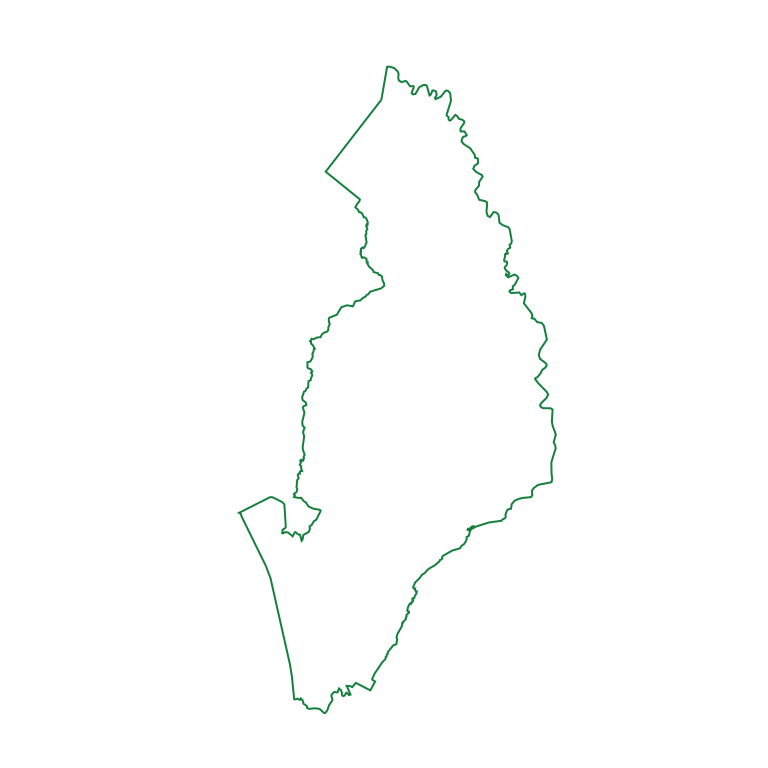 Chagres, Colón, Panama, rotated 168°
{"feature_id": "35544464B20659112060965", "entity_name": "Chagres", "entity_type": "district", "adm_level": 2, "iso_a3": "PAN", "parent_name": "Panama", "parent_adm1": "Colón", "projection": "natural_earth1", "projection_center": [-80.103, 9.121], "detail": "fine", "context": "isolated", "style": "outline", "palette": "green", "viewbox_px": 768, "rotation_deg": 168, "n_neighbors": 0, "source": "geoboundaries", "source_scale": "gbopen_adm2", "svg_char_len": 6125}
<svg xmlns="http://www.w3.org/2000/svg" viewBox="0 0 768 768"><g transform="rotate(168 384 384)"><path d="M312.3,693.2L315.0,693.6L327.5,662.6L396.9,603.8L369.2,569.6L370.1,567.8L372.5,566.1L375.3,562.7L373.2,559.8L372.6,557.2L371.6,557.1L369.9,555.4L369.1,551.3L367.5,550.7L366.9,549.7L366.2,545.1L366.9,544.5L366.9,543.3L367.9,543.5L367.9,542.4L368.6,542.2L368.0,539.3L369.4,537.7L370.2,534.3L371.2,533.6L371.6,525.9L372.8,524.8L373.7,522.8L375.8,521.1L376.5,522.0L378.4,521.2L378.8,518.5L379.4,518.5L379.5,516.7L380.1,516.1L379.6,515.5L379.6,512.9L379.0,511.8L378.2,512.3L377.1,511.9L375.1,510.0L375.7,506.5L374.6,506.4L375.1,504.6L374.3,502.1L371.0,497.5L371.0,495.7L366.9,493.6L366.5,491.9L364.9,491.2L363.6,489.5L363.9,486.1L363.1,482.6L363.2,480.6L363.7,479.8L367.0,478.1L378.4,477.2L380.6,475.1L382.4,474.8L384.0,473.2L386.4,472.7L389.9,470.7L394.9,470.9L398.3,466.4L403.8,468.7L409.7,468.0L415.7,461.6L423.7,460.2L424.6,458.8L424.9,455.4L424.5,454.1L426.5,451.3L427.5,448.0L429.3,446.8L431.4,446.8L434.3,445.6L436.4,443.0L440.2,443.4L443.8,442.4L445.3,443.3L447.2,441.5L446.5,441.3L447.0,438.6L445.9,437.4L444.3,432.9L445.3,432.9L446.4,430.0L447.7,428.7L447.9,426.0L448.8,424.2L451.5,421.3L454.4,421.2L455.4,416.3L455.2,415.4L452.5,413.6L451.8,412.2L452.3,411.2L451.8,410.9L453.1,410.0L452.4,408.7L452.5,407.2L454.3,404.8L454.9,403.0L457.3,402.4L458.9,396.5L460.8,395.6L462.2,393.6L463.8,393.2L466.9,387.8L466.9,385.1L464.4,382.3L464.3,379.6L467.4,378.9L468.3,377.9L467.8,372.4L471.9,363.9L472.2,360.1L470.8,357.7L473.2,353.8L473.0,350.0L473.7,347.3L476.7,339.1L477.0,336.3L476.3,331.3L477.8,329.6L477.8,327.6L478.8,327.2L479.0,325.8L479.9,325.8L481.1,327.1L481.9,326.4L481.6,324.4L483.1,322.6L482.1,320.9L482.6,320.1L482.2,315.8L483.8,316.3L484.7,315.4L484.8,313.8L486.1,314.1L487.4,312.8L487.0,309.7L488.9,308.0L491.0,301.3L490.7,298.8L492.4,296.2L494.7,295.4L495.1,294.8L494.4,293.5L495.5,292.1L490.6,290.1L488.8,290.0L486.7,285.9L485.1,284.5L483.2,279.8L478.8,276.6L473.2,274.4L472.3,273.5L472.9,272.3L478.5,265.3L480.9,264.5L484.3,261.0L486.4,260.2L486.7,257.4L488.4,254.9L494.2,253.2L496.2,248.4L497.2,247.7L497.4,253.9L499.1,254.7L501.4,257.5L502.2,257.4L505.0,254.0L508.9,258.9L511.7,259.6L514.1,258.9L514.6,259.3L513.4,262.6L510.5,263.6L509.8,264.5L506.5,287.0L508.1,289.7L516.6,296.4L519.0,297.0L552.6,288.1L550.9,286.6L550.9,284.2L537.4,230.7L535.4,217.7L534.3,129.1L534.9,116.9L537.4,94.5L536.4,93.8L534.0,94.2L532.2,92.6L531.5,92.6L530.7,93.7L529.4,91.7L529.3,88.1L526.4,85.0L526.5,82.9L524.5,81.7L519.1,81.2L514.6,79.6L511.0,74.6L510.0,74.4L507.3,76.6L504.4,81.4L500.4,85.2L500.0,86.2L500.4,89.8L499.8,91.1L496.9,93.1L493.6,92.0L491.3,95.5L489.8,93.5L489.4,90.9L489.8,88.7L489.0,87.3L487.3,87.4L485.1,89.9L484.2,89.3L483.0,87.0L481.3,87.2L483.3,96.5L479.7,95.4L478.1,94.1L473.7,97.5L461.1,87.2L454.5,94.8L456.8,97.0L456.9,97.9L453.3,102.8L443.7,112.0L439.7,114.8L439.0,116.8L438.1,117.0L437.5,118.8L436.2,119.6L436.1,120.9L429.2,126.5L426.1,126.9L424.2,131.3L424.5,133.4L422.8,136.7L416.9,143.4L415.7,146.8L414.8,146.6L414.5,147.5L411.3,149.6L411.4,150.8L410.2,152.0L410.1,153.4L407.0,155.2L406.9,156.2L407.8,156.4L408.4,157.4L407.0,160.6L404.7,163.5L403.6,164.1L403.1,163.4L401.8,165.1L401.4,164.5L401.6,165.2L401.0,165.2L400.4,166.2L400.9,167.4L400.3,167.7L400.6,168.3L398.8,168.5L398.5,169.5L395.7,172.5L395.1,174.4L395.9,174.4L396.6,176.8L396.2,177.5L397.2,177.6L397.8,179.2L394.7,183.5L389.7,186.6L386.6,189.4L382.9,190.9L381.4,192.3L377.9,194.2L371.8,196.2L366.8,198.9L365.9,200.2L364.4,200.4L363.3,201.2L363.2,202.5L362.0,203.7L351.9,206.9L343.8,207.5L341.9,209.6L339.1,210.7L337.0,212.7L335.3,215.1L335.1,217.0L332.5,217.9L330.7,222.0L328.2,224.4L328.6,224.9L330.3,223.7L332.0,223.6L332.6,224.1L332.1,224.8L331.5,224.1L327.9,226.2L326.4,226.4L325.0,226.2L328.0,225.4L327.4,224.3L323.1,225.5L310.1,226.7L297.5,225.8L296.5,226.8L293.5,227.6L292.4,229.1L292.4,231.0L290.0,234.7L289.0,235.5L285.7,235.6L284.1,239.9L280.6,242.6L276.1,243.6L271.7,243.7L263.8,242.8L262.1,244.2L261.5,248.9L259.1,251.1L254.3,253.3L240.6,253.1L239.2,256.0L238.8,261.1L236.6,272.6L229.5,285.3L229.3,288.7L230.1,291.8L226.4,298.9L227.7,307.7L227.7,312.0L224.4,324.0L226.1,325.6L233.5,327.3L235.2,328.8L235.8,330.6L234.2,332.6L227.7,336.7L225.6,339.8L226.5,342.5L232.9,352.6L235.2,357.5L234.6,358.4L232.8,358.7L230.8,360.1L228.7,361.8L226.5,364.8L222.6,366.6L221.1,368.2L221.0,369.4L221.6,370.9L226.1,376.1L226.6,380.1L224.0,385.3L215.5,393.5L215.4,405.5L215.6,408.0L217.1,411.0L221.3,412.7L223.4,416.7L225.1,417.1L225.9,417.9L224.7,419.5L225.0,422.8L230.4,433.8L227.5,440.2L227.4,443.0L228.3,443.6L231.1,442.3L232.7,445.4L240.7,446.5L242.1,448.3L241.4,449.4L238.2,449.8L237.7,452.8L235.5,453.8L230.5,459.8L231.5,462.2L233.6,463.9L240.3,462.5L242.2,465.2L241.6,466.2L240.8,464.9L239.8,464.6L238.4,466.0L238.8,467.3L240.9,469.5L241.8,472.2L241.6,473.3L239.6,474.4L238.3,476.7L238.6,478.4L240.6,478.8L240.8,480.2L239.0,483.6L238.6,485.7L237.8,486.3L236.6,485.6L235.7,486.0L236.2,488.7L234.8,490.1L232.2,491.1L232.2,494.2L230.4,494.9L229.3,497.1L228.9,509.4L229.8,511.5L234.8,514.7L237.5,517.6L236.8,525.6L238.3,528.2L241.0,529.4L245.7,525.2L247.6,526.9L248.0,531.0L245.7,538.5L245.6,540.4L247.0,541.8L252.6,544.4L253.6,549.9L255.0,552.9L254.2,554.8L249.8,558.3L248.9,561.9L244.4,566.3L244.7,567.9L250.0,572.5L252.0,575.9L250.2,578.6L246.1,580.3L245.4,585.1L248.0,586.5L247.6,589.2L250.7,596.7L256.0,601.9L257.7,605.0L256.9,607.3L255.2,609.3L252.0,609.6L251.3,610.2L252.8,614.3L256.3,615.0L256.6,616.2L255.8,618.4L251.3,622.7L250.9,624.1L252.4,626.2L255.5,627.7L256.7,630.7L258.2,632.4L264.0,628.0L265.0,628.0L265.8,629.1L265.4,631.7L266.8,633.4L266.8,634.3L259.6,647.1L258.8,654.6L260.5,657.5L262.0,658.1L263.2,657.8L268.5,653.3L274.4,651.9L274.7,653.2L272.5,655.6L272.2,659.2L273.9,660.6L275.6,661.0L278.1,657.3L279.5,656.8L280.1,666.6L280.9,667.7L283.3,668.3L287.9,666.9L292.9,661.2L295.5,661.3L296.3,662.4L296.3,663.5L293.4,667.5L293.2,669.2L296.6,669.8L298.8,674.9L299.9,676.0L304.0,675.6L306.3,677.7L306.5,680.0L305.2,684.7L305.9,687.4L308.3,690.8L312.3,693.2Z" fill="none" stroke="#15803d" stroke-width="2"/></g></svg>